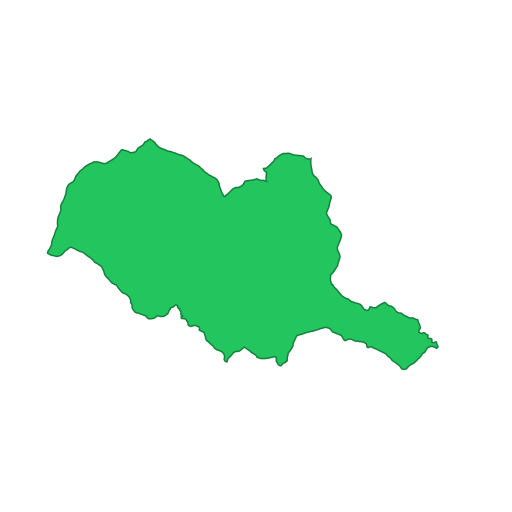 Matanza, Santander, Colombia, rotated 288°
{"feature_id": "7082276B77365397936379", "entity_name": "Matanza", "entity_type": "district", "adm_level": 2, "iso_a3": "COL", "parent_name": "Colombia", "parent_adm1": "Santander", "projection": "orthographic", "projection_center": [-73.058, 7.329], "detail": "fine", "context": "isolated", "style": "filled", "palette": "green", "viewbox_px": 512, "rotation_deg": 288, "n_neighbors": 0, "source": "geoboundaries", "source_scale": "gbopen_adm2", "svg_char_len": 6093}
<svg xmlns="http://www.w3.org/2000/svg" viewBox="0 0 512 512"><g transform="rotate(288 256 256)"><path d="M365.6,278.2L364.9,277.7L364.3,274.5L364.4,272.6L364.8,271.6L365.5,270.9L365.7,269.8L363.8,260.9L363.9,256.0L363.5,254.3L362.6,252.7L362.2,250.8L361.1,249.3L358.4,246.9L355.9,245.4L354.2,243.9L352.4,243.7L350.5,243.1L349.6,242.4L347.8,241.7L342.9,238.8L342.5,238.4L342.0,236.9L341.5,236.0L339.8,237.4L338.9,239.7L338.3,240.4L334.1,241.2L330.8,242.4L330.3,242.9L330.2,239.7L329.3,236.6L329.7,233.1L329.3,232.3L328.7,231.7L327.4,229.7L324.5,223.6L323.6,222.5L319.9,221.6L318.3,220.8L317.5,219.9L315.9,218.3L314.8,215.5L312.7,213.3L305.4,209.5L304.5,208.7L303.1,208.1L302.8,207.6L303.1,206.8L305.3,204.3L310.8,199.9L313.8,198.3L315.3,196.8L316.9,194.6L317.6,192.6L317.7,190.8L318.3,188.2L318.5,186.0L319.4,184.1L319.7,182.5L320.6,180.4L321.8,178.7L322.3,176.9L323.9,173.7L325.1,167.2L327.0,162.8L327.7,159.8L328.7,156.7L328.9,154.8L328.5,150.8L328.9,147.9L328.9,141.7L328.6,140.2L328.6,138.6L329.0,136.4L329.1,131.5L329.9,129.0L330.9,127.3L330.9,126.8L332.4,125.1L333.6,122.5L334.0,120.2L334.6,119.3L334.5,119.1L333.4,117.9L331.9,117.1L330.2,115.2L326.8,114.3L322.0,110.4L318.7,109.7L317.1,108.5L316.9,107.5L315.7,105.6L315.5,104.7L315.6,103.4L316.0,102.1L315.8,96.0L315.1,95.1L306.5,92.0L303.2,89.5L297.7,84.7L297.1,83.7L296.7,81.0L296.6,76.1L295.7,74.0L295.6,72.9L294.2,71.8L292.7,69.8L290.7,67.9L288.1,65.8L285.3,64.4L282.3,62.3L279.8,61.5L276.6,60.1L273.1,59.9L270.7,59.4L269.5,58.7L269.0,58.0L267.2,56.5L265.6,55.6L263.0,55.1L261.1,55.1L256.6,55.9L252.8,55.9L249.3,55.7L245.8,54.8L244.4,54.8L242.4,55.0L239.7,56.2L237.0,56.3L231.8,55.8L228.8,56.2L225.0,57.3L223.0,58.3L218.2,57.7L213.6,57.8L209.0,57.4L207.1,57.4L203.7,58.0L202.4,58.0L198.1,57.3L196.3,56.7L194.6,56.7L194.3,56.9L193.9,58.0L193.4,61.7L193.7,62.4L194.0,66.4L194.6,67.7L195.6,69.3L197.1,70.8L200.3,72.3L201.5,72.6L203.6,74.4L205.7,75.6L207.2,77.2L207.0,80.3L205.9,86.7L206.1,88.9L205.9,90.8L204.0,95.7L202.9,99.8L201.8,102.2L200.1,104.7L199.8,107.3L198.2,112.3L194.8,115.8L192.5,117.2L191.2,118.4L189.6,120.5L189.5,121.3L188.8,122.2L188.5,123.0L186.0,126.9L185.3,130.3L185.3,131.5L185.0,132.5L182.7,135.4L180.1,139.8L179.7,141.4L179.7,143.2L179.0,145.8L177.6,148.4L175.1,150.5L172.8,151.2L172.3,152.3L171.5,153.1L168.5,154.2L166.8,155.9L165.3,158.3L165.0,159.8L165.3,161.6L165.0,168.9L164.8,169.9L163.1,172.8L163.6,175.0L165.0,177.8L166.2,179.0L168.7,180.7L169.1,184.4L169.9,186.7L171.3,188.0L173.9,189.9L175.4,190.1L177.6,190.2L178.7,190.9L180.0,190.8L180.6,191.0L181.7,192.8L184.6,194.7L184.6,196.6L184.3,197.0L183.2,197.1L182.9,198.0L182.4,198.2L182.4,199.7L181.4,199.6L179.3,202.3L177.7,202.4L177.1,202.7L176.6,203.4L176.4,204.7L176.1,204.8L175.2,203.7L174.6,203.7L173.9,204.1L173.7,205.0L174.4,208.3L174.0,209.1L172.6,210.5L171.2,212.4L169.7,212.5L168.7,215.0L168.9,215.9L171.3,219.5L170.8,224.0L169.9,224.7L168.0,224.9L167.7,225.8L167.5,228.9L166.7,230.6L163.8,232.8L162.3,233.4L161.1,234.3L160.0,235.9L159.7,237.2L158.4,239.7L157.4,242.3L156.9,243.4L155.6,244.9L155.1,246.1L154.7,247.9L154.6,252.5L153.4,255.0L152.3,256.2L151.5,256.8L150.3,257.3L147.6,257.7L146.3,259.4L146.3,260.9L146.6,261.2L148.4,261.0L150.0,261.2L153.8,263.2L157.0,264.4L158.3,265.5L159.0,266.4L159.6,268.4L160.5,269.5L161.7,270.6L164.1,271.9L165.7,273.1L163.8,279.5L162.8,281.4L162.5,283.4L161.8,285.8L161.1,287.3L160.6,288.0L160.1,288.2L159.9,290.3L160.0,292.4L161.3,296.4L162.7,299.4L166.0,304.7L166.0,305.6L165.9,306.1L165.1,306.9L162.2,307.8L160.6,309.9L159.8,310.5L159.2,311.6L159.1,313.1L159.3,313.6L160.0,314.0L162.0,314.8L162.7,315.3L163.5,316.5L164.1,317.0L165.2,317.2L165.8,318.1L168.8,317.2L173.5,316.7L174.3,316.8L176.0,317.6L181.1,318.9L181.9,318.9L183.6,318.4L185.8,318.5L192.2,319.3L192.8,319.6L194.4,321.3L195.0,322.7L198.9,327.8L200.4,330.1L202.1,333.3L207.8,341.2L209.4,343.8L209.8,344.9L209.9,348.0L209.7,348.8L208.7,350.5L207.3,352.4L207.4,353.3L206.8,361.6L205.9,362.9L204.0,364.9L203.3,365.8L203.1,366.8L203.4,367.6L205.2,369.2L206.1,370.6L206.2,373.5L206.0,374.2L205.8,377.1L206.5,379.0L206.6,381.1L207.1,382.8L207.2,385.0L206.7,387.8L206.3,388.3L204.0,389.5L203.5,390.3L203.7,391.3L204.8,392.3L205.3,394.5L204.9,395.4L204.6,399.5L203.1,409.8L201.4,412.3L201.0,414.3L198.8,417.8L196.6,425.1L195.5,427.1L193.7,429.5L193.8,431.5L194.1,432.5L194.7,433.4L195.8,434.2L198.2,435.2L200.8,437.0L202.5,438.9L206.5,441.3L208.2,441.8L209.2,442.6L211.2,443.6L214.5,444.5L216.6,446.2L221.8,447.5L223.5,449.5L224.5,451.2L224.5,454.8L223.9,456.1L224.4,456.5L225.6,457.2L226.1,457.1L227.9,455.3L229.8,454.2L230.0,453.8L229.9,453.3L228.4,451.8L228.2,450.5L228.8,449.7L230.4,449.3L231.3,448.7L231.5,448.1L231.5,447.1L231.0,445.9L231.0,444.7L231.4,444.4L233.4,444.3L234.1,443.7L234.1,441.9L234.9,440.6L234.8,439.0L234.4,438.4L233.4,437.7L233.5,435.6L233.7,434.9L234.9,434.0L237.3,434.1L237.8,434.7L238.6,434.6L238.8,434.2L239.9,433.7L241.6,432.5L243.1,430.9L245.0,429.8L245.4,429.3L245.1,427.7L245.6,423.8L244.8,422.7L244.5,419.9L245.0,418.5L245.3,415.0L246.5,412.1L246.5,411.5L246.0,410.3L246.1,408.0L246.7,406.2L248.8,403.7L250.0,400.7L250.1,399.4L249.8,398.6L249.8,397.5L250.9,394.6L251.5,393.6L251.5,392.5L248.2,389.2L247.4,388.7L245.6,387.0L244.4,386.7L244.0,386.4L243.1,383.7L243.0,380.2L240.7,380.0L239.0,379.4L238.6,378.3L238.6,375.6L239.0,374.8L241.1,372.2L242.2,370.2L242.3,367.0L242.0,364.8L242.2,363.5L242.2,360.6L243.5,357.2L243.6,354.1L244.2,351.3L245.1,349.4L249.0,343.1L250.6,339.8L252.5,337.7L252.9,336.2L256.0,334.3L260.9,332.8L264.6,334.6L272.2,336.6L273.5,336.3L279.9,336.3L281.4,336.0L283.4,334.9L284.5,334.0L286.3,332.1L289.1,330.6L297.6,331.2L299.8,331.2L302.4,330.9L305.0,328.7L308.5,324.0L309.4,319.3L309.5,317.9L309.7,317.2L310.9,316.4L313.4,315.2L315.7,312.3L317.9,310.1L319.4,309.6L321.4,309.9L326.2,310.1L329.6,309.6L334.3,309.6L335.9,309.1L336.5,308.6L337.1,307.5L339.2,301.7L339.2,301.9L340.4,299.4L344.4,294.1L345.9,292.7L346.8,292.2L347.8,291.1L349.5,288.3L350.1,286.5L351.5,284.6L353.9,283.0L355.0,282.6L359.7,280.0L362.7,278.9L365.6,278.2Z" fill="#22c55e" stroke="#15803d" stroke-width="1.5"/></g></svg>